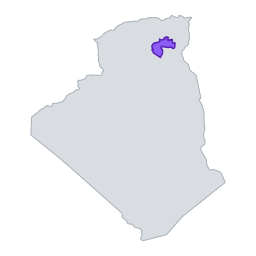 location of Biskra within Algeria
{"feature_id": "DZA-2211", "entity_name": "Biskra", "entity_type": "Province", "adm_level": 1, "iso_a3": "DZA", "parent_name": "Algeria", "parent_adm1": "", "projection": "equal_earth", "projection_center": [5.569, 34.431], "detail": "fine", "context": "in_parent", "style": "filled", "palette": "violet", "viewbox_px": 256, "rotation_deg": 0, "n_neighbors": 0, "source": "natural_earth", "source_scale": "10m", "svg_char_len": 5561}
<svg xmlns="http://www.w3.org/2000/svg" viewBox="0 0 256 256"><path d="M191.2,17.2L191.4,17.8L191.5,18.4L190.6,19.0L190.1,19.3L189.4,20.8L188.2,21.8L188.0,22.1L188.0,22.4L188.9,22.9L189.1,23.3L189.3,23.9L188.9,26.1L188.4,29.8L188.4,30.7L188.8,31.6L189.1,32.4L189.2,33.3L189.1,35.4L189.5,36.6L189.8,37.8L189.1,39.2L188.8,40.5L188.6,42.3L188.6,43.4L188.1,44.5L187.5,45.5L186.8,46.1L185.9,46.6L184.9,47.3L184.1,49.2L182.4,50.7L182.0,51.3L181.9,52.5L181.9,54.3L182.2,55.6L183.1,57.7L183.9,59.9L184.1,61.1L184.4,61.5L185.4,62.2L187.2,63.3L187.6,63.7L188.5,65.2L189.4,68.0L189.6,69.9L192.9,72.7L196.0,75.2L196.2,75.6L198.0,84.2L198.6,87.2L200.9,98.2L200.0,98.8L199.0,99.6L199.7,101.1L201.2,103.6L202.1,105.6L202.4,106.4L203.1,108.9L203.7,111.2L203.9,112.0L204.1,113.9L203.9,118.9L204.4,125.4L205.0,128.6L204.2,131.5L203.5,134.3L203.6,135.7L204.0,137.8L204.4,139.5L205.0,140.3L204.9,143.0L204.7,144.0L203.1,145.5L201.2,146.8L200.8,147.9L200.6,149.1L200.9,150.1L206.2,159.4L206.4,160.3L206.5,163.0L207.4,166.3L208.4,167.7L208.7,168.8L209.4,169.6L210.1,170.1L210.5,170.2L212.8,169.3L216.8,170.8L220.6,172.3L220.9,172.6L223.2,177.7L225.2,182.4L182.7,216.3L178.0,221.5L166.9,234.3L166.1,234.8L151.4,238.6L143.8,240.5L143.5,240.6L143.0,240.6L142.7,240.6L142.1,240.3L141.3,239.5L140.8,239.1L140.6,238.5L140.9,237.7L141.3,237.0L141.5,236.4L141.7,236.0L142.1,235.6L142.1,235.1L141.8,234.3L141.6,233.2L141.6,231.2L141.6,230.3L140.9,229.5L139.6,228.6L138.4,228.1L137.8,227.9L136.5,227.6L134.6,227.1L134.0,226.7L132.8,224.8L132.2,224.3L129.4,224.0L128.5,223.7L127.7,223.3L127.1,222.7L126.7,221.6L126.6,220.8L126.4,220.4L123.3,218.3L122.5,217.6L122.1,217.0L122.1,216.1L122.2,214.9L122.1,213.9L122.0,213.3L68.9,166.1L66.1,163.7L59.7,158.2L30.8,134.8L31.6,118.2L31.7,117.3L31.8,116.9L32.8,116.3L34.4,114.9L34.9,114.3L35.7,113.7L38.2,111.8L38.8,111.3L41.3,109.1L41.8,108.8L43.1,108.6L43.7,108.2L44.5,107.3L45.6,106.3L46.3,105.8L46.9,105.7L49.1,106.0L50.0,106.2L51.1,106.4L51.5,106.3L51.8,106.0L52.2,105.3L52.4,104.4L52.4,103.7L52.5,103.4L53.2,103.3L53.8,103.4L55.1,103.4L55.6,103.3L57.1,103.1L59.3,102.7L62.3,101.6L63.8,100.3L64.9,99.0L66.1,97.0L67.0,95.3L68.8,94.3L70.3,93.6L71.1,93.4L73.1,92.4L76.3,89.8L78.9,89.4L79.2,89.2L79.6,88.7L79.6,87.9L79.2,87.4L78.7,87.1L78.3,86.8L78.0,86.7L77.8,86.3L77.9,85.6L78.0,85.0L78.2,84.3L78.2,83.4L77.9,82.5L77.8,81.8L77.8,81.2L78.0,80.6L78.6,80.3L79.2,80.2L80.1,80.3L81.6,80.1L85.5,78.5L85.8,78.0L86.1,76.9L86.4,76.0L86.8,75.7L87.0,75.6L90.2,75.0L90.9,74.9L96.6,75.2L101.6,75.4L102.1,75.2L102.1,74.5L101.8,73.2L102.0,72.4L102.7,71.6L103.6,70.8L103.2,69.8L102.6,69.1L101.6,68.3L101.1,67.9L100.2,66.9L99.7,65.8L99.4,63.4L98.8,62.1L98.3,60.5L98.8,57.5L98.2,55.7L98.1,54.9L98.2,54.0L98.4,52.4L98.3,50.1L97.6,47.8L98.0,47.0L98.2,46.6L98.2,46.3L97.5,45.5L97.2,44.9L97.4,44.4L97.8,43.5L97.7,43.2L96.6,42.2L94.8,40.6L94.3,39.9L94.0,39.0L95.9,39.2L96.8,39.1L99.0,38.0L100.8,36.6L102.1,35.9L103.3,34.3L104.4,33.3L106.0,32.2L110.5,29.9L111.1,29.9L112.6,30.4L113.8,30.3L114.7,29.5L115.7,27.5L117.2,26.4L119.0,25.2L121.5,24.1L123.2,23.0L125.7,22.1L132.2,21.6L135.5,21.1L137.7,21.2L140.0,19.5L141.1,19.0L146.0,18.9L148.4,17.7L157.1,17.7L158.2,18.1L159.2,18.7L161.0,20.3L161.9,20.6L163.1,20.3L165.8,18.8L168.8,18.1L170.4,17.2L171.1,15.9L172.5,15.4L173.4,16.4L176.5,17.4L178.4,17.1L179.3,16.8L179.0,15.4L181.0,15.8L182.6,16.5L184.2,17.9L185.3,18.1L187.2,17.5L191.2,17.2Z" fill="#d9dde1" stroke="#a8b0b8" stroke-width="1"/><path d="M157.7,42.4L158.6,42.2L158.8,42.0L159.2,41.7L159.5,41.4L159.6,41.2L159.6,39.2L159.9,39.3L160.5,39.6L160.9,39.9L161.3,40.0L161.7,40.0L162.0,40.0L162.2,39.9L162.4,39.7L162.6,39.6L162.8,39.5L163.9,39.5L164.1,39.4L164.3,39.3L164.4,39.2L164.6,39.1L164.8,39.0L164.8,38.8L164.7,38.7L164.3,38.1L164.2,38.0L164.2,37.9L164.9,37.8L165.7,37.2L166.1,37.0L166.6,36.8L166.8,36.8L167.1,37.1L167.9,37.5L168.1,37.5L168.3,37.5L168.2,37.8L167.8,38.3L167.7,38.4L167.6,38.5L167.8,38.9L167.7,39.1L167.6,39.5L167.7,39.9L167.9,40.1L168.0,40.2L168.2,40.4L168.4,40.4L168.5,40.3L168.5,40.2L168.7,39.8L168.7,39.6L168.8,39.6L169.0,39.6L169.3,39.9L169.3,40.0L169.4,40.3L169.6,40.3L169.8,40.3L170.0,40.2L170.3,40.0L170.4,39.9L170.6,39.7L170.8,39.6L171.1,39.6L171.6,39.5L171.8,39.4L172.0,39.4L172.1,39.5L172.3,39.7L172.4,39.8L172.4,40.0L172.3,40.3L172.3,40.6L172.3,41.1L172.2,41.8L172.2,42.0L172.3,42.3L172.5,42.5L172.8,42.8L173.0,43.0L173.3,43.1L173.5,43.0L173.6,42.9L173.8,42.9L174.3,42.7L174.6,42.7L174.7,42.8L174.8,42.8L175.0,43.3L175.0,43.5L175.0,44.2L175.0,44.6L174.9,45.0L174.8,45.8L174.6,46.3L174.6,46.5L174.7,47.3L174.6,47.7L174.3,48.0L173.9,48.2L173.6,48.4L173.3,48.4L173.0,48.4L172.8,48.4L172.7,48.3L172.4,48.1L172.2,47.9L171.6,47.5L170.2,47.1L168.2,47.5L163.5,46.8L162.7,46.5L162.1,46.2L162.0,46.3L161.9,46.5L161.9,46.8L161.8,47.0L161.6,47.1L161.3,47.2L161.2,47.3L161.0,47.5L160.9,47.7L160.9,47.8L160.9,48.0L161.0,48.1L161.6,48.7L161.9,49.2L162.2,49.6L162.3,49.8L162.5,50.2L162.5,50.7L162.6,50.9L162.6,51.5L162.2,54.1L162.2,54.4L162.0,54.6L161.6,55.1L161.2,55.8L160.3,57.4L153.8,53.1L153.4,52.8L153.2,52.5L153.2,52.4L153.1,52.1L152.9,50.9L152.9,50.7L152.7,50.5L152.4,50.5L152.2,50.4L152.1,50.2L152.1,49.9L152.1,49.4L152.7,49.4L152.8,49.4L153.0,49.3L153.0,49.2L152.9,48.9L152.7,48.7L152.6,48.3L152.3,47.9L152.2,47.7L152.0,46.6L151.9,46.4L151.8,46.1L151.9,45.9L152.3,45.5L152.4,45.3L152.5,45.0L152.6,44.7L153.3,43.9L153.5,43.7L153.7,43.3L153.9,43.1L154.1,43.0L154.3,42.9L154.7,43.0L154.8,43.0L155.3,42.8L155.7,42.8L156.5,42.5L156.7,42.4L156.9,42.5L157.0,42.5L157.3,42.4L157.5,42.4L157.7,42.4Z" fill="#8b5cf6" stroke="#5b21b6" stroke-width="1.5"/></svg>